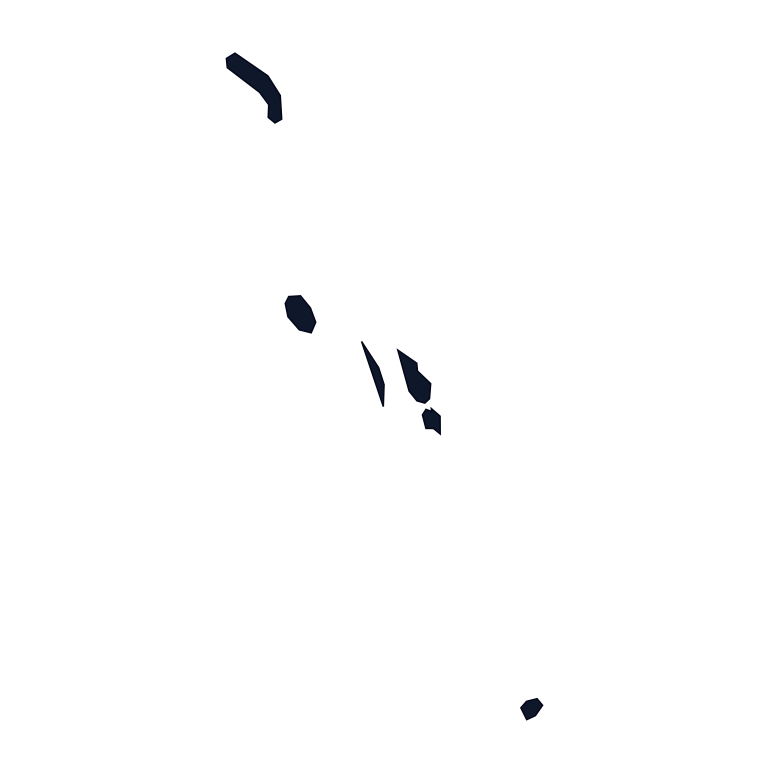 an SVG outline of Azores, rotated 226°
{"feature_id": "PRT-735", "entity_name": "Azores", "entity_type": "Autonomous region", "adm_level": 1, "iso_a3": "PRT", "parent_name": "Portugal", "parent_adm1": "", "projection": "albers", "projection_center": [-27.949, 38.331], "detail": "coarse", "context": "isolated", "style": "filled", "palette": "ink", "viewbox_px": 768, "rotation_deg": 226, "n_neighbors": 0, "source": "natural_earth", "source_scale": "10m", "svg_char_len": 769}
<svg xmlns="http://www.w3.org/2000/svg" viewBox="0 0 768 768"><g transform="rotate(226 384 384)"><path d="M720.4,491.0L727.7,496.8L725.5,506.6L686.2,514.5L663.6,509.8L645.6,494.4L647.5,486.9L656.2,485.9L665.0,495.1L680.3,497.1L720.4,491.0ZM361.4,397.1L398.8,417.5L376.2,422.0L370.1,417.1L351.8,417.8L341.8,406.5L341.9,400.1L349.0,396.0L361.4,397.1ZM513.1,376.2L505.4,385.2L489.8,383.9L475.9,377.8L471.4,367.2L481.8,360.7L499.0,361.6L510.5,368.9L513.1,376.2ZM368.2,367.8L430.2,397.4L399.5,391.5L383.5,383.6L368.2,367.8ZM43.4,253.5L56.0,257.5L56.7,266.1L51.3,275.5L42.7,274.9L40.3,262.6L43.4,253.5ZM335.1,390.2L336.6,396.6L331.2,399.1L333.5,401.0L321.9,402.0L309.0,389.7L317.6,388.7L322.9,383.3L335.1,390.2Z" fill="#0f172a" stroke="#020617" stroke-width="1.5"/></g></svg>